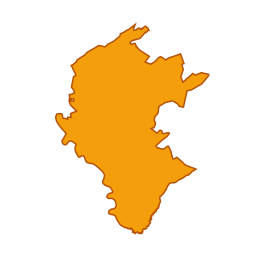 outline of Valmieras pag., Burtnieku, Latvia, rotated 98°
{"feature_id": "27541924B48848471739366", "entity_name": "Valmieras pag.", "entity_type": "district", "adm_level": 2, "iso_a3": "LVA", "parent_name": "Latvia", "parent_adm1": "Burtnieku", "projection": "mercator", "projection_center": [25.5, 57.594], "detail": "fine", "context": "isolated", "style": "filled", "palette": "amber", "viewbox_px": 256, "rotation_deg": 98, "n_neighbors": 0, "source": "geoboundaries", "source_scale": "gbopen_adm2", "svg_char_len": 5677}
<svg xmlns="http://www.w3.org/2000/svg" viewBox="0 0 256 256"><g transform="rotate(98 128 128)"><path d="M222.3,124.7L222.8,124.0L224.0,123.1L224.6,122.5L225.6,120.8L227.1,117.0L226.9,116.2L227.1,115.4L226.9,115.3L226.9,114.9L227.5,114.4L227.3,114.2L227.3,113.5L227.4,113.4L227.6,113.4L227.8,113.1L227.6,112.4L227.5,111.9L227.7,111.5L227.1,111.5L227.2,111.0L226.9,110.7L227.0,110.2L227.7,110.0L228.7,109.5L228.9,109.1L228.7,108.8L228.7,108.6L228.8,108.2L229.0,108.1L229.5,108.2L230.5,109.0L230.6,108.9L230.9,108.4L230.9,108.2L230.4,108.1L230.2,107.8L230.4,107.3L230.5,106.8L230.6,106.3L230.8,106.3L230.9,106.6L231.3,106.6L231.5,106.3L231.1,106.1L229.7,104.6L230.0,104.3L229.8,103.7L230.4,102.8L230.9,102.8L231.0,102.5L230.2,102.2L230.3,101.8L230.0,101.5L230.0,101.3L230.1,101.1L230.4,101.0L229.9,100.4L230.4,100.3L230.5,100.0L230.1,99.9L230.3,99.6L229.9,99.3L229.6,99.6L229.0,99.5L228.7,99.0L228.1,99.4L228.0,99.2L227.7,99.4L225.6,98.6L225.5,98.3L225.8,98.2L225.9,97.3L225.8,96.9L225.0,96.5L224.9,96.0L224.7,95.6L224.0,95.9L223.6,95.8L223.6,95.7L223.4,95.6L223.1,95.8L223.0,95.6L222.9,95.4L222.7,95.2L222.4,94.8L222.7,94.7L222.5,94.4L222.2,94.4L222.1,94.0L221.9,93.8L221.3,93.8L221.2,94.0L220.9,93.9L220.3,94.0L220.0,93.9L219.7,93.1L219.3,93.1L218.8,92.6L218.6,92.5L218.1,92.7L217.8,92.9L217.4,93.6L217.2,94.0L216.5,93.6L216.0,93.5L216.1,93.0L215.9,92.9L215.7,92.2L215.4,92.1L215.3,92.4L214.8,92.5L214.6,92.9L214.4,92.7L214.4,92.9L214.1,93.1L213.8,93.0L213.8,92.9L214.0,92.8L213.9,92.7L213.7,92.7L213.4,92.6L213.1,92.5L212.8,92.8L212.6,92.4L212.4,92.2L212.2,92.2L212.2,92.7L211.7,92.8L211.7,92.5L211.2,92.5L210.8,92.0L210.5,91.8L210.4,91.4L210.2,91.7L210.0,91.4L209.6,91.5L209.5,91.3L209.6,91.1L209.3,90.9L209.1,91.2L208.6,90.8L208.5,90.5L208.2,90.6L208.1,90.3L208.3,90.1L208.0,90.0L207.8,90.1L207.6,89.8L207.3,89.7L207.4,89.4L207.1,89.1L206.9,89.1L206.9,88.6L206.3,88.5L206.2,88.5L206.1,88.9L205.7,88.7L204.8,89.0L204.7,88.9L204.9,88.8L204.9,88.6L204.7,88.5L204.6,88.2L204.3,87.9L203.9,87.7L203.2,86.9L202.6,87.1L202.4,87.0L202.3,86.7L202.1,86.6L201.7,86.9L200.8,86.4L200.3,86.8L196.4,85.6L192.7,86.9L191.2,86.7L190.6,85.5L189.4,85.0L188.1,83.8L185.7,82.8L183.1,81.4L180.9,81.1L177.6,79.5L176.0,77.1L176.0,75.0L174.2,72.1L173.2,71.4L172.3,70.5L171.8,69.9L171.8,69.2L169.5,66.3L167.2,64.0L166.1,62.4L166.3,61.7L162.0,58.2L159.3,54.9L156.8,65.7L155.6,67.6L155.1,68.1L152.9,71.3L152.6,71.9L150.2,75.5L152.4,78.2L152.3,79.2L151.5,79.7L145.2,82.3L140.5,85.3L140.5,86.4L144.0,89.9L144.2,90.2L143.9,91.8L144.0,92.9L143.3,95.3L143.4,95.8L143.6,96.3L142.0,98.0L135.7,92.9L130.9,88.2L127.6,86.2L127.0,86.9L127.7,89.6L127.8,89.8L128.7,92.3L128.4,93.3L125.9,94.3L125.8,96.1L129.1,98.6L125.3,105.0L124.3,103.4L124.2,102.4L122.0,101.7L119.3,101.4L116.8,103.1L113.5,103.0L112.6,102.6L108.8,100.3L102.4,100.4L101.3,99.1L97.6,94.5L94.9,87.8L97.0,82.5L99.5,80.1L99.6,76.0L82.9,74.7L81.5,70.6L74.0,61.1L65.1,55.5L63.7,55.6L63.0,63.2L64.6,65.7L66.2,68.9L65.0,71.5L67.5,73.5L70.9,76.6L71.7,77.5L72.1,77.5L74.9,79.9L75.0,80.0L70.1,82.8L62.5,81.4L57.4,83.7L56.4,81.5L47.3,86.3L49.9,91.2L52.7,97.1L55.3,100.1L54.0,102.8L52.9,105.2L53.1,106.0L53.8,107.3L58.7,110.8L61.7,114.5L61.4,114.9L60.4,120.3L54.1,116.8L49.2,127.4L47.8,129.1L45.9,131.0L46.1,131.3L43.4,132.5L43.5,133.9L44.8,136.8L42.8,137.9L41.0,136.2L37.6,128.7L30.5,123.8L30.8,123.2L28.2,121.4L28.3,121.0L26.2,122.3L24.7,125.0L26.6,127.1L26.9,127.1L28.5,128.3L27.6,128.9L28.4,129.9L27.4,131.1L28.3,132.3L29.3,133.4L30.0,133.7L30.3,135.6L29.1,136.4L24.5,135.3L27.8,138.7L29.2,139.9L30.5,141.3L31.5,142.9L32.5,144.3L33.7,145.2L35.8,148.7L38.1,148.8L44.4,154.6L47.9,159.7L50.8,161.9L50.3,168.3L50.9,168.9L58.9,179.2L61.8,181.0L67.5,187.8L69.3,188.4L70.6,189.2L73.2,191.7L74.0,193.0L76.3,191.1L76.6,191.1L82.8,187.0L83.2,186.9L84.6,188.9L85.2,189.1L95.5,189.7L97.8,187.1L100.6,185.7L101.2,186.8L102.9,189.3L103.0,189.5L102.9,190.7L103.0,190.7L105.9,190.1L107.8,190.1L107.6,188.4L106.9,188.5L106.6,185.9L108.9,185.5L109.2,189.2L109.2,190.1L111.9,188.9L113.0,188.3L114.0,187.2L118.4,181.2L118.8,181.5L120.8,185.6L122.1,187.0L122.9,186.4L123.6,186.3L125.3,185.7L125.7,189.2L127.5,189.0L127.2,192.9L127.2,194.0L124.9,194.6L123.3,195.4L123.4,196.0L123.1,196.8L123.8,199.4L124.0,200.3L125.5,200.8L127.3,201.1L128.1,200.9L130.2,200.2L131.5,199.4L132.7,198.5L134.3,197.2L135.6,195.9L138.6,192.7L140.1,190.6L142.2,188.7L142.5,188.5L143.0,188.7L149.9,191.5L151.4,191.1L152.8,190.1L153.1,189.5L153.3,188.6L153.3,187.7L153.2,187.3L152.9,186.9L152.2,186.2L150.8,185.5L149.5,184.4L149.2,184.0L148.9,183.1L149.1,181.3L150.6,178.2L151.2,177.3L151.4,177.2L152.5,177.2L153.7,177.5L155.3,177.7L156.2,177.5L158.0,176.9L158.8,176.6L160.4,175.5L163.1,173.3L163.6,172.5L163.7,172.0L162.3,170.2L161.9,169.4L161.8,168.7L161.9,168.3L162.7,167.2L166.3,165.4L167.1,164.7L167.6,164.0L168.0,163.2L168.2,162.1L168.3,161.5L168.2,158.7L168.3,158.0L168.8,156.4L170.0,154.0L174.4,147.5L174.8,147.0L177.2,145.0L177.5,144.9L178.5,144.7L181.4,144.8L182.0,144.9L183.2,145.4L184.2,145.7L184.8,145.6L185.8,145.3L186.6,144.6L187.7,143.0L188.5,140.5L188.6,139.7L188.9,138.3L189.5,137.1L190.5,136.0L193.3,134.2L193.9,134.2L194.2,134.5L194.4,134.9L194.8,136.1L195.4,137.3L196.6,138.6L197.6,139.1L198.5,139.4L199.5,139.1L200.0,138.6L200.2,138.3L200.4,137.7L200.4,137.0L200.0,134.7L200.1,133.4L200.3,132.9L200.7,132.0L201.5,131.0L202.2,130.5L204.3,129.5L205.8,128.9L206.8,128.9L207.8,129.1L208.7,129.5L209.1,129.9L209.8,130.7L210.0,131.1L210.8,133.4L211.7,134.5L213.0,135.4L214.4,135.5L214.8,135.4L215.3,135.0L215.8,134.2L215.9,133.8L215.9,133.2L215.9,131.4L216.2,129.9L216.6,128.8L217.6,127.8L220.0,126.5L221.4,125.3L222.3,124.7Z" fill="#f59e0b" stroke="#b45309" stroke-width="1.5"/></g></svg>